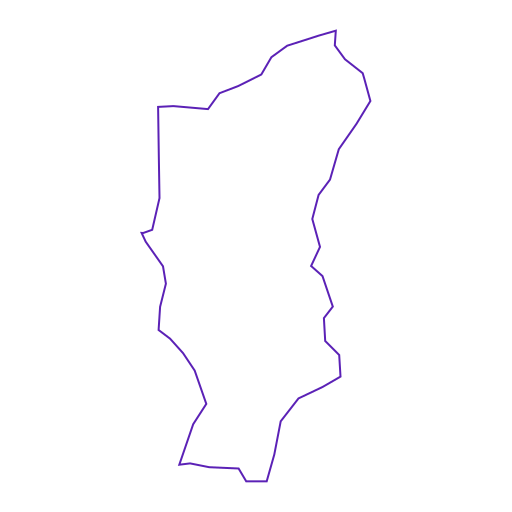 outline of Forshaga, Värmland, Sweden
{"feature_id": "70781695B94802593774032", "entity_name": "Forshaga", "entity_type": "district", "adm_level": 2, "iso_a3": "SWE", "parent_name": "Sweden", "parent_adm1": "Värmland", "projection": "orthographic", "projection_center": [13.541, 59.66], "detail": "fine", "context": "isolated", "style": "outline", "palette": "violet", "viewbox_px": 512, "rotation_deg": 0, "n_neighbors": 0, "source": "geoboundaries", "source_scale": "gbopen_adm2", "svg_char_len": 764}
<svg xmlns="http://www.w3.org/2000/svg" viewBox="0 0 512 512"><path d="M141.6,232.9L145.7,241.7L163.0,266.3L165.9,283.7L160.1,306.8L158.6,330.0L170.1,338.7L183.1,353.2L194.7,370.6L206.3,403.9L193.2,424.2L179.3,464.7L190.1,463.4L209.2,467.2L238.6,468.5L246.2,481.3L266.7,481.3L274.3,454.5L280.7,421.3L298.5,398.4L322.7,386.9L340.5,376.6L339.2,355.0L325.2,341.0L323.9,318.1L332.8,306.6L322.5,276.1L311.1,266.0L320.0,246.9L312.3,219.0L318.6,194.9L330.0,179.6L338.8,149.2L356.5,123.8L370.4,101.0L364.3,78.7L362.7,73.2L345.0,59.3L334.8,45.4L335.8,30.7L318.8,35.6L287.2,45.7L271.4,57.2L261.3,74.5L238.3,86.0L219.5,93.2L208.0,109.1L173.4,106.1L158.1,106.9L158.8,155.1L159.5,198.1L152.2,229.8L143.2,233.0L141.6,232.9Z" fill="none" stroke="#5b21b6" stroke-width="2"/></svg>